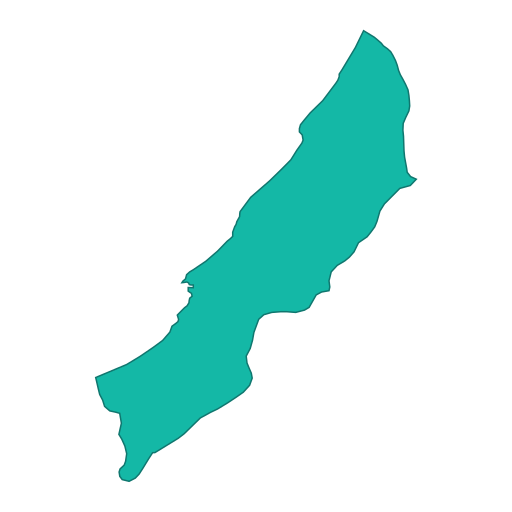 the district of Bintulu, Sarawak, Malaysia
{"feature_id": "92858781B86013998002036", "entity_name": "Bintulu", "entity_type": "district", "adm_level": 2, "iso_a3": "MYS", "parent_name": "Malaysia", "parent_adm1": "Sarawak", "projection": "natural_earth1", "projection_center": [113.204, 3.314], "detail": "fine", "context": "isolated", "style": "filled", "palette": "teal", "viewbox_px": 512, "rotation_deg": 0, "n_neighbors": 0, "source": "geoboundaries", "source_scale": "gbopen_adm2", "svg_char_len": 2195}
<svg xmlns="http://www.w3.org/2000/svg" viewBox="0 0 512 512"><path d="M154.9,452.6L178.2,438.3L184.2,433.7L193.0,425.1L200.4,417.9L210.6,412.3L217.5,409.0L227.7,402.8L235.7,397.5L243.3,392.2L249.6,385.3L252.2,378.1L251.3,373.2L249.0,367.9L247.0,363.0L246.2,356.1L250.2,348.5L252.5,340.3L253.9,332.4L258.7,319.3L263.8,314.7L271.8,312.4L280.9,311.7L286.6,311.7L295.7,312.4L304.5,310.1L309.1,307.4L316.2,294.9L321.6,292.0L329.0,290.7L329.8,287.0L329.0,280.8L331.2,271.9L337.2,265.4L344.9,260.8L349.4,257.1L354.0,251.9L358.5,242.7L367.1,236.8L370.8,232.2L374.7,226.9L377.0,221.3L379.9,211.1L384.4,203.9L399.8,188.4L410.3,185.5L416.3,179.2L410.6,176.6L407.2,172.3L406.6,168.1L404.6,157.2L404.0,151.0L403.5,136.2L402.9,130.3L403.2,123.4L405.7,117.5L408.9,110.9L409.7,106.0L409.4,100.7L408.9,95.4L408.0,89.9L405.5,84.3L402.9,79.3L400.3,74.7L398.6,70.5L397.2,65.2L395.5,60.6L392.9,55.4L390.7,51.7L387.5,48.8L383.3,45.8L381.3,43.2L374.4,37.3L363.6,30.7L355.4,47.5L342.0,69.8L339.2,74.1L339.2,76.7L337.8,80.3L335.8,83.3L322.7,100.7L310.2,112.9L304.2,120.1L300.5,124.7L299.4,128.6L299.4,131.9L302.2,134.9L303.1,140.1L301.9,143.1L296.8,150.3L293.7,155.3L290.8,159.9L281.7,169.1L269.8,180.7L250.7,197.3L240.1,211.6L239.8,213.3L239.6,216.6L236.8,221.7L236.1,224.4L234.7,226.7L232.7,232.2L232.7,236.4L230.3,238.7L227.2,241.2L224.1,244.4L217.4,251.3L214.1,254.1L205.9,261.2L193.2,269.8L189.7,271.9L186.6,274.7L186.1,276.6L185.5,278.9L182.8,281.2L181.9,282.7L183.9,282.5L185.7,282.2L186.8,282.0L188.6,282.9L189.3,284.6L190.2,284.8L191.0,285.0L193.3,285.0L193.3,287.7L188.2,287.5L188.2,291.1L189.3,291.9L191.5,293.4L192.1,296.3L190.4,297.6L189.7,298.2L189.1,301.0L189.0,302.7L187.1,305.8L184.6,307.7L181.9,310.4L177.3,315.1L178.6,319.3L178.0,321.6L176.0,323.3L172.0,326.2L169.9,332.1L162.6,340.5L153.1,347.5L140.2,356.3L126.7,364.5L95.7,377.5L97.0,383.1L98.3,388.8L99.7,394.5L102.6,400.0L104.6,406.4L109.8,410.9L115.8,412.2L119.7,413.3L121.4,423.2L118.9,434.4L121.8,439.2L124.9,446.1L126.7,453.7L125.6,461.3L124.2,465.1L120.1,468.9L119.1,472.0L119.8,476.4L122.2,479.6L129.1,481.3L135.3,478.1L139.1,474.1L142.9,468.2L148.5,459.0L152.6,452.7L154.9,452.6Z" fill="#14b8a6" stroke="#0f766e" stroke-width="1.5"/></svg>